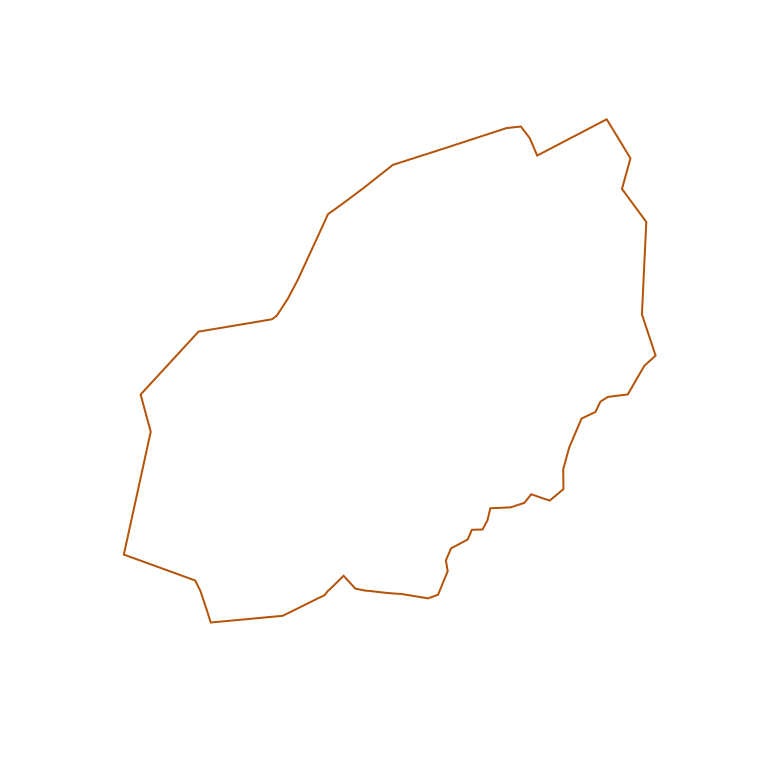 Asari-Toru, Rivers, Nigeria, rotated 256°
{"feature_id": "59680162B173222965225", "entity_name": "Asari-Toru", "entity_type": "district", "adm_level": 2, "iso_a3": "NGA", "parent_name": "Nigeria", "parent_adm1": "Rivers", "projection": "albers", "projection_center": [6.83, 4.747], "detail": "fine", "context": "isolated", "style": "outline", "palette": "amber", "viewbox_px": 768, "rotation_deg": 256, "n_neighbors": 0, "source": "geoboundaries", "source_scale": "gbopen_adm2", "svg_char_len": 1005}
<svg xmlns="http://www.w3.org/2000/svg" viewBox="0 0 768 768"><g transform="rotate(256 384 384)"><path d="M562.3,370.7L556.2,365.9L506.1,325.7L489.9,311.2L476.4,296.7L473.9,291.0L479.7,216.7L455.3,179.7L432.7,145.3L394.1,146.1L281.4,90.3L239.0,153.3L227.6,155.8L207.1,157.4L194.5,158.2L183.6,229.7L191.9,267.5L193.4,275.1L196.9,279.7L198.1,282.1L198.2,282.4L207.7,298.4L192.4,306.7L188.3,315.2L186.5,320.4L181.0,335.1L177.3,346.0L176.2,349.8L165.3,375.0L165.4,375.3L166.4,385.4L171.0,388.8L186.9,400.5L197.9,401.4L208.3,409.3L212.9,427.6L221.3,434.0L219.0,444.4L226.7,451.4L237.7,457.1L233.7,476.9L234.7,491.4L241.4,500.2L235.0,509.9L230.8,516.6L238.6,532.7L258.0,537.3L277.5,548.3L302.7,567.3L305.7,582.4L314.6,589.8L317.3,598.1L314.9,618.0L338.6,640.9L345.9,654.4L389.1,651.1L477.8,677.7L515.7,662.1L543.3,677.7L564.4,671.2L587.0,664.1L568.6,587.9L587.2,584.9L600.7,579.1L602.7,564.9L597.6,493.1L594.5,445.6L579.3,412.0L570.6,391.4L562.3,370.7Z" fill="none" stroke="#b45309" stroke-width="2"/></g></svg>